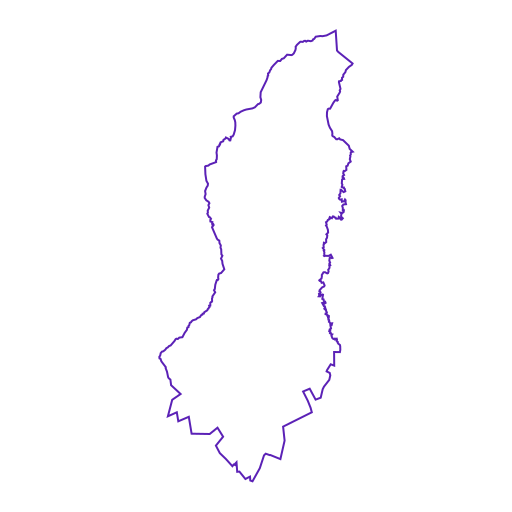 the district of Nyanga, Manicaland, Zimbabwe
{"feature_id": "62879985B16821678583413", "entity_name": "Nyanga", "entity_type": "district", "adm_level": 2, "iso_a3": "ZWE", "parent_name": "Zimbabwe", "parent_adm1": "Manicaland", "projection": "natural_earth1", "projection_center": [32.82, -17.911], "detail": "fine", "context": "isolated", "style": "outline", "palette": "violet", "viewbox_px": 512, "rotation_deg": 0, "n_neighbors": 0, "source": "geoboundaries", "source_scale": "gbopen_adm2", "svg_char_len": 6067}
<svg xmlns="http://www.w3.org/2000/svg" viewBox="0 0 512 512"><path d="M178.3,421.3L188.8,416.8L191.6,433.7L209.7,434.0L217.5,427.7L223.1,436.7L215.9,445.6L219.8,453.1L225.8,458.9L232.4,466.2L233.7,464.5L235.3,465.1L234.9,464.0L236.5,462.3L237.2,471.8L239.4,471.6L245.4,479.0L250.0,476.6L250.3,480.5L252.5,481.3L259.8,468.2L264.0,455.4L265.7,453.7L269.7,455.1L270.3,455.0L280.4,459.1L284.6,440.6L283.1,426.6L311.8,412.3L310.6,407.8L307.8,400.8L303.1,391.5L309.7,388.7L315.6,399.6L320.7,397.7L322.7,389.2L324.0,386.6L329.3,379.8L330.3,375.3L329.7,372.9L326.6,371.4L327.0,370.2L330.7,364.3L334.2,365.6L334.1,352.0L339.9,352.1L340.3,349.8L340.2,346.1L339.9,344.9L338.4,343.8L337.6,342.6L337.8,342.0L336.6,340.9L337.0,339.6L336.7,338.7L335.1,339.5L334.8,338.6L333.4,339.0L332.3,338.0L331.4,335.6L332.2,334.4L331.2,334.2L330.9,333.3L330.1,333.2L330.4,332.3L329.2,331.3L329.6,329.8L330.3,330.0L330.4,328.8L331.0,328.4L330.3,324.9L330.7,324.5L331.7,324.9L332.1,323.3L330.2,323.5L329.8,322.4L328.9,321.8L329.2,320.5L328.8,319.4L328.4,319.4L328.5,318.6L328.0,317.7L328.0,317.3L328.8,317.2L328.9,316.0L327.9,315.4L327.3,315.6L327.0,314.7L325.5,314.1L325.6,313.5L326.6,313.3L326.9,312.4L326.0,310.8L326.1,310.1L325.6,308.9L324.9,309.3L324.3,308.7L325.1,307.1L324.8,306.3L323.9,306.1L322.2,303.0L323.7,302.6L323.8,304.1L325.6,302.9L325.1,301.6L324.2,301.4L323.7,300.6L323.6,299.4L322.3,298.9L323.0,294.7L322.5,294.5L321.2,294.8L320.1,296.4L318.8,296.3L319.3,295.5L319.0,293.9L320.0,293.6L320.6,292.4L320.1,291.5L319.4,291.4L319.6,290.2L322.1,287.4L324.2,286.4L324.6,285.4L323.3,282.4L321.6,282.8L321.0,281.2L319.7,280.9L319.3,280.3L321.5,278.5L321.9,276.3L321.8,275.0L323.5,272.3L325.0,272.2L327.2,273.4L328.0,273.1L328.6,271.5L328.2,269.8L329.3,268.3L329.6,266.8L329.2,265.3L330.2,265.1L329.4,263.4L330.1,262.6L329.3,260.7L329.7,257.9L330.1,257.5L331.9,258.1L332.5,257.9L330.8,254.7L328.6,255.9L325.5,255.8L324.3,256.1L324.0,255.8L324.5,255.4L324.2,253.8L324.4,252.3L323.7,250.5L324.3,250.0L322.8,248.0L323.7,247.3L323.5,244.9L324.3,243.7L323.8,243.1L323.9,242.7L325.0,243.1L326.2,242.1L326.1,239.2L327.0,237.8L327.3,235.3L326.4,234.3L328.1,232.6L327.9,229.8L326.8,226.7L326.0,225.5L326.7,224.8L326.0,222.2L327.2,221.4L327.8,220.0L328.9,219.5L329.8,217.1L330.4,217.4L330.5,218.1L330.9,217.7L331.9,218.2L332.9,216.4L333.7,216.5L334.6,217.5L335.6,217.6L336.1,218.7L338.6,218.6L338.8,216.9L339.7,217.5L341.1,219.7L341.7,219.6L342.8,218.3L341.3,216.9L341.1,215.5L341.5,214.0L340.6,212.7L342.2,213.1L343.6,212.1L343.9,210.4L343.8,210.0L342.8,210.3L342.8,207.8L342.2,206.0L343.4,204.5L346.0,204.2L345.5,202.3L345.6,200.2L345.0,199.5L344.2,201.2L341.9,201.7L341.7,199.3L340.2,199.7L338.9,198.6L338.8,197.9L340.1,196.2L339.2,195.0L340.4,193.3L340.6,189.8L341.1,189.9L343.6,192.1L345.3,191.3L344.7,188.8L344.0,188.4L343.9,187.5L342.1,187.4L341.7,187.0L342.4,184.8L341.8,183.4L342.1,179.5L342.5,179.0L344.1,178.9L343.7,177.8L342.5,177.0L342.7,176.0L344.1,175.0L343.2,173.4L343.5,171.3L343.8,170.9L344.6,171.2L346.4,169.9L346.2,166.3L347.6,165.7L348.4,163.3L350.7,161.6L349.8,159.2L350.4,156.4L350.1,155.5L350.8,154.5L350.7,152.6L351.0,152.1L352.7,151.7L349.7,148.9L348.8,145.7L343.0,140.1L340.1,139.4L339.2,138.3L337.2,139.3L336.2,139.2L334.3,137.0L332.6,136.1L332.2,135.1L332.4,133.8L332.1,131.2L329.9,127.7L328.6,124.6L326.9,116.1L327.0,112.2L327.8,109.2L328.5,108.7L330.1,108.7L333.4,102.7L335.0,100.5L335.8,100.0L337.1,100.7L337.8,100.2L337.2,96.6L339.8,92.4L340.1,91.3L339.7,90.3L340.5,88.9L338.9,82.1L339.0,81.3L340.9,81.0L341.1,80.3L342.1,79.9L342.0,77.8L343.2,76.8L343.3,74.7L345.4,72.1L345.9,70.1L348.9,66.9L351.8,64.9L352.6,63.5L338.2,51.9L337.0,50.5L335.7,30.7L326.6,35.4L322.5,36.2L320.3,36.0L315.7,36.7L314.2,38.9L313.1,39.3L312.6,40.5L310.8,41.2L307.9,40.7L306.2,41.6L305.6,40.9L304.2,40.9L302.8,41.9L300.6,41.7L300.0,42.0L297.0,44.8L295.6,46.8L295.8,48.1L295.4,50.1L293.8,53.4L292.3,54.8L291.5,55.1L287.1,54.7L283.8,58.3L281.9,58.9L280.2,61.0L277.8,60.9L273.8,65.0L271.4,67.8L271.1,69.1L270.1,70.3L269.3,72.5L268.0,73.5L268.2,75.6L267.6,76.1L267.5,77.5L266.5,80.3L260.7,92.2L260.4,97.2L261.2,100.0L260.8,102.5L259.2,103.8L258.0,104.1L254.9,107.3L252.4,108.4L246.3,109.5L243.8,110.3L240.7,111.7L238.5,113.3L236.7,113.6L233.7,116.3L233.7,117.6L234.8,120.1L235.3,122.4L235.4,125.7L235.0,130.2L233.7,134.6L232.6,136.4L230.8,136.8L231.0,137.5L230.3,140.4L229.5,140.4L228.6,138.9L225.9,137.5L225.4,138.6L223.5,139.8L223.2,141.3L220.6,142.3L220.0,143.6L220.3,143.5L220.0,144.5L218.9,146.4L217.5,146.8L216.5,152.6L216.9,155.4L216.8,158.0L216.7,159.3L216.0,160.3L216.1,162.1L209.6,164.5L208.4,165.6L205.6,166.1L205.1,166.6L205.4,174.2L206.4,180.8L208.0,183.7L207.7,185.7L206.5,187.5L205.1,191.0L205.6,194.1L204.7,196.8L204.7,197.9L206.3,200.3L208.6,201.8L209.4,203.2L208.4,205.1L209.2,207.6L207.7,210.7L207.9,212.7L207.3,213.7L209.0,217.0L209.9,217.3L211.0,218.8L210.3,219.9L210.4,221.5L212.4,222.1L212.1,223.8L212.4,224.7L213.3,224.2L213.5,224.5L213.6,225.1L212.0,227.2L216.8,238.4L217.6,239.6L219.3,240.6L219.5,243.1L220.8,245.4L220.5,247.7L221.2,249.3L221.4,254.4L222.4,255.7L221.0,258.6L222.2,260.9L222.5,263.8L224.3,269.3L221.1,273.0L219.1,273.6L218.4,274.6L218.1,277.6L218.4,279.0L217.7,280.1L216.9,280.0L216.6,280.6L215.3,284.7L214.8,289.0L214.0,290.2L215.2,292.3L212.4,296.4L212.5,297.3L212.0,298.5L212.1,301.2L211.6,302.0L211.0,302.1L210.3,302.8L210.3,305.5L209.2,305.7L209.6,306.9L208.8,307.6L208.6,308.5L207.8,309.0L207.3,310.3L204.3,312.2L203.8,313.6L202.6,313.7L202.4,314.6L201.0,315.3L200.0,317.0L197.3,318.1L196.1,319.3L192.8,320.3L191.6,321.3L191.0,322.3L189.8,322.8L189.2,325.3L188.5,325.9L188.5,327.1L187.3,327.6L186.9,329.8L184.7,332.8L182.4,337.2L179.3,337.6L177.8,339.0L176.4,338.7L175.6,339.2L174.5,341.0L170.6,345.5L169.1,346.0L167.7,347.5L166.4,348.1L165.3,349.7L163.3,351.3L162.0,351.6L160.7,353.1L160.2,355.5L159.3,356.9L159.5,358.4L160.5,358.8L161.4,361.4L165.8,367.2L165.6,368.0L167.0,371.7L168.1,377.1L168.7,378.2L170.4,379.6L171.1,385.2L180.6,394.0L172.2,399.8L167.9,416.3L176.8,412.3L178.3,421.3Z" fill="none" stroke="#5b21b6" stroke-width="2"/></svg>